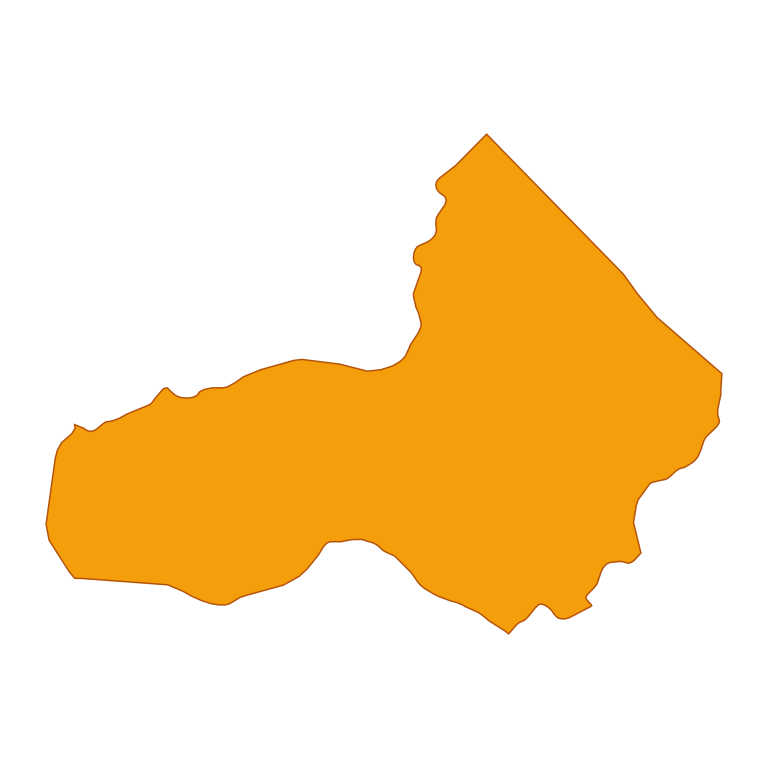 an SVG outline of Pouthisat
{"feature_id": "KHM-1780", "entity_name": "Pouthisat", "entity_type": "Province", "adm_level": 1, "iso_a3": "KHM", "parent_name": "Cambodia", "parent_adm1": "", "projection": "orthographic", "projection_center": [103.597, 12.527], "detail": "fine", "context": "isolated", "style": "filled", "palette": "amber", "viewbox_px": 768, "rotation_deg": 0, "n_neighbors": 0, "source": "natural_earth", "source_scale": "10m", "svg_char_len": 2763}
<svg xmlns="http://www.w3.org/2000/svg" viewBox="0 0 768 768"><path d="M74.7,578.3L69.2,571.7L49.1,540.2L46.1,524.1L55.3,458.1L57.3,450.4L61.5,442.8L71.7,433.8L75.2,428.2L74.6,424.6L84.1,428.4L85.8,429.7L86.4,430.1L87.3,430.6L88.9,431.1L90.7,431.3L93.1,430.9L95.9,429.6L103.1,423.7L106.0,421.9L109.7,421.4L113.8,420.4L119.5,418.2L127.0,414.0L148.2,405.3L151.3,403.5L155.7,397.6L163.3,388.8L164.9,388.2L167.2,387.9L168.0,388.5L170.3,390.9L175.6,395.6L180.3,397.4L182.6,397.8L185.3,398.0L188.4,398.0L192.4,397.4L195.1,396.4L196.9,395.5L197.8,394.5L199.3,392.1L201.0,391.0L204.1,389.5L211.8,387.9L223.1,387.8L227.4,386.9L234.4,383.1L243.4,376.8L260.7,369.7L293.8,360.4L301.9,359.4L340.0,364.2L367.3,371.2L381.0,369.7L392.6,365.9L399.0,362.2L402.8,359.1L405.4,356.0L409.1,348.1L409.4,347.3L410.1,345.3L418.3,332.9L421.0,326.5L421.2,324.8L421.1,323.2L418.5,312.9L416.0,307.3L413.6,296.8L413.4,293.7L421.1,271.7L421.3,270.1L421.4,269.4L421.1,268.1L420.6,267.1L420.0,266.2L419.2,265.6L416.1,264.5L414.3,262.1L413.4,258.3L414.0,252.7L415.5,249.1L417.3,246.8L418.7,245.8L426.6,242.4L429.2,240.9L431.8,238.9L435.1,235.1L436.2,231.8L436.4,228.5L435.9,225.2L435.9,222.7L436.3,217.9L438.4,214.2L445.1,204.5L446.2,200.2L445.1,196.9L442.9,195.0L440.3,193.3L438.7,191.8L436.7,189.0L435.8,185.1L436.5,181.9L438.0,179.7L439.8,177.9L455.9,165.3L486.6,134.2L623.5,274.3L637.6,294.0L657.0,317.4L721.9,373.7L720.8,390.1L720.9,394.4L717.8,408.8L717.6,414.1L719.5,421.3L718.8,423.5L717.1,426.2L706.3,436.7L704.0,440.3L700.4,451.1L698.1,456.2L697.3,457.5L695.4,459.8L692.6,462.4L685.4,466.9L683.3,467.7L681.9,468.0L679.1,468.9L675.8,471.1L669.5,477.0L667.5,478.3L665.7,479.3L653.8,481.9L651.3,482.7L650.4,483.2L649.2,484.6L638.0,500.0L636.2,505.9L633.5,522.5L640.9,553.0L634.4,560.1L632.1,561.9L628.7,563.3L621.8,561.5L618.6,561.5L610.0,562.5L606.6,563.9L603.2,567.7L601.3,571.2L597.1,583.7L594.7,587.1L587.1,594.9L585.9,597.2L586.4,599.3L591.0,604.5L591.7,605.6L590.4,606.7L569.5,617.6L565.3,618.9L560.7,618.7L558.1,618.0L556.0,616.3L550.9,609.7L548.6,607.6L545.9,605.7L543.1,604.5L540.7,603.9L538.1,605.1L535.2,607.9L529.1,615.6L525.3,619.6L521.7,621.7L520.2,622.0L518.1,623.4L516.8,624.5L508.7,633.8L504.3,630.5L489.3,621.0L480.7,614.0L476.9,611.8L464.8,606.4L463.6,605.4L457.0,602.6L450.3,600.8L439.1,596.6L432.7,593.4L424.3,588.3L420.9,585.5L417.9,582.2L411.3,572.7L395.4,556.7L394.4,555.9L384.8,551.5L382.5,550.0L378.1,545.8L375.3,544.0L372.5,542.7L361.6,539.4L351.8,539.6L340.8,541.7L330.3,541.7L327.0,542.9L323.4,546.8L318.3,555.2L306.9,569.2L299.2,576.3L283.5,585.1L246.5,595.3L240.1,597.4L229.7,603.7L225.1,605.0L218.4,604.8L211.2,603.7L201.1,600.4L191.3,596.0L183.2,591.4L167.8,584.8L80.9,578.4L74.7,578.3L74.7,578.3Z" fill="#f59e0b" stroke="#b45309" stroke-width="1.5"/></svg>